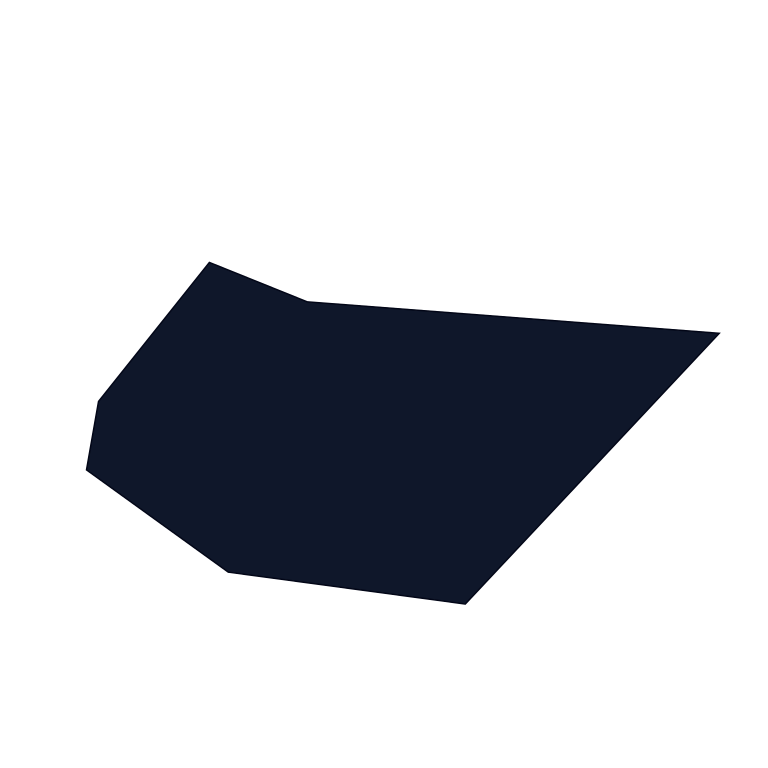 the District of The Farrington, rotated 223°
{"feature_id": "AIA-5124", "entity_name": "The Farrington", "entity_type": "District", "adm_level": 1, "iso_a3": "AIA", "parent_name": "Anguilla", "parent_adm1": "", "projection": "equal_earth", "projection_center": [-63.044, 18.213], "detail": "fine", "context": "isolated", "style": "filled", "palette": "ink", "viewbox_px": 768, "rotation_deg": 223, "n_neighbors": 0, "source": "natural_earth", "source_scale": "10m", "svg_char_len": 279}
<svg xmlns="http://www.w3.org/2000/svg" viewBox="0 0 768 768"><g transform="rotate(223 384 384)"><path d="M594.6,353.8L496.2,391.7L173.4,649.7L174.1,400.4L174.5,278.5L369.6,140.2L543.0,118.3L580.9,176.6L594.6,353.8Z" fill="#0f172a" stroke="#020617" stroke-width="1.5"/></g></svg>